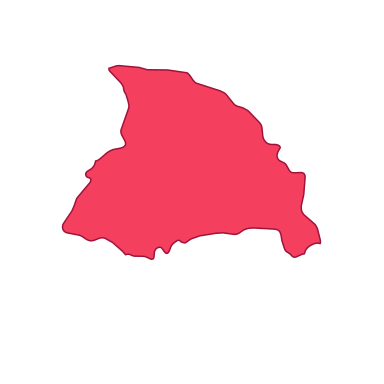 map outline of Ha'il (Natural Earth projection), rotated 32°
{"feature_id": "SAU-847", "entity_name": "Ha'il", "entity_type": "Region", "adm_level": 1, "iso_a3": "SAU", "parent_name": "Saudi Arabia", "parent_adm1": "", "projection": "natural_earth1", "projection_center": [41.874, 27.094], "detail": "fine", "context": "isolated", "style": "filled", "palette": "rose", "viewbox_px": 384, "rotation_deg": 32, "n_neighbors": 0, "source": "natural_earth", "source_scale": "10m", "svg_char_len": 3184}
<svg xmlns="http://www.w3.org/2000/svg" viewBox="0 0 384 384"><g transform="rotate(32 192 192)"><path d="M312.2,193.4L311.1,193.4L308.0,192.6L303.1,192.4L301.9,192.0L299.9,190.6L293.8,185.4L290.5,181.5L288.7,180.0L287.7,179.3L286.6,178.9L285.5,178.7L284.4,178.8L283.3,179.1L281.0,180.1L263.2,189.9L259.7,192.4L257.5,194.7L255.8,197.0L253.9,201.5L253.2,202.8L252.2,204.1L250.6,205.4L239.8,210.3L234.2,214.3L221.8,225.1L216.3,232.0L215.0,234.5L214.2,236.5L213.8,237.7L213.2,238.7L212.3,239.3L210.0,239.9L208.9,240.0L207.8,239.8L206.7,239.8L205.8,240.3L205.1,241.3L204.1,243.6L203.3,246.0L203.1,247.2L203.0,248.3L203.1,249.5L204.0,254.1L204.0,254.6L204.0,255.5L203.9,256.5L203.3,257.3L202.4,257.7L201.3,257.6L200.2,257.3L196.5,255.7L195.7,255.5L194.7,255.6L193.5,256.2L192.3,257.6L191.7,258.9L191.5,260.2L191.6,261.4L191.9,262.7L194.1,267.1L194.4,267.8L194.5,268.7L194.3,269.6L193.4,270.4L192.3,270.8L187.8,271.3L186.3,271.7L184.5,272.5L177.0,277.0L175.3,277.5L172.5,277.9L170.6,278.6L168.8,280.4L164.7,279.1L151.5,276.9L143.3,277.3L142.0,277.6L140.4,278.2L139.1,279.1L138.1,280.1L134.6,284.8L133.6,285.8L132.7,286.6L131.8,287.1L131.2,287.4L130.3,287.7L129.3,287.9L127.3,288.1L121.6,287.9L119.3,288.4L107.5,292.9L106.4,293.1L105.3,293.1L104.3,293.0L103.3,292.6L102.4,292.1L101.9,291.7L101.1,290.8L100.5,289.8L99.9,288.4L99.7,286.9L100.2,271.8L99.4,266.1L97.9,259.9L97.7,258.5L97.8,256.8L100.5,237.7L100.3,236.5L99.9,235.4L98.9,234.4L97.8,234.4L95.5,234.9L94.4,234.8L93.4,234.3L92.5,233.5L92.0,232.3L92.0,230.9L92.6,229.2L94.3,225.8L94.5,225.1L94.9,223.0L95.0,221.8L94.8,220.3L94.6,219.2L93.8,216.8L94.5,216.3L95.3,215.0L96.2,213.2L99.0,204.1L100.4,201.0L102.5,197.9L108.3,192.5L109.2,191.4L110.0,190.2L110.4,189.1L110.6,187.9L110.4,186.7L109.4,185.4L108.3,184.4L102.6,181.1L100.8,179.8L100.1,179.0L99.4,178.0L98.9,176.9L93.9,154.6L93.4,153.4L92.8,152.2L90.0,149.2L84.5,144.4L81.7,142.9L80.3,141.8L79.2,140.7L79.1,140.4L78.0,139.2L76.3,138.2L73.7,137.1L58.7,133.2L57.5,132.8L56.8,132.3L56.0,131.1L61.1,125.0L62.2,124.2L63.3,123.4L81.1,114.4L89.3,112.0L106.7,101.4L124.5,93.6L125.5,93.5L128.4,94.3L133.8,96.7L136.5,97.4L137.6,97.5L162.4,91.3L165.8,90.9L167.7,90.9L169.3,91.2L180.6,95.1L182.3,95.4L183.5,95.4L184.7,95.3L190.4,93.7L195.4,93.4L196.6,93.4L212.6,97.4L214.8,98.3L215.8,99.1L216.9,100.0L222.6,107.3L223.9,108.5L225.5,109.6L227.9,110.5L229.6,110.8L231.1,110.7L232.5,110.3L233.8,109.8L237.6,107.5L238.9,106.9L240.3,106.6L241.9,106.6L242.9,107.2L243.3,107.7L243.4,108.1L243.6,112.4L243.8,113.2L244.1,114.4L244.8,116.1L245.9,117.4L247.5,118.5L248.8,118.9L250.1,119.0L254.7,118.5L256.3,118.7L257.6,119.1L262.6,121.9L264.4,122.6L265.7,122.7L266.7,122.5L268.6,121.5L274.0,117.8L275.3,117.2L276.9,117.0L278.2,117.5L279.3,118.4L280.1,119.5L288.1,134.9L292.1,146.1L293.7,148.5L294.8,149.7L296.1,150.7L297.7,151.5L299.0,152.0L313.5,154.3L315.1,155.0L317.3,156.3L318.3,157.1L326.1,164.6L327.4,166.2L328.0,167.8L325.3,168.9L325.2,169.0L324.6,169.5L323.1,171.0L321.9,172.7L320.6,175.0L319.9,176.7L319.4,178.5L319.3,179.6L319.2,180.8L319.3,182.0L319.8,184.0L320.1,184.7L318.2,186.7L314.6,192.1L314.0,192.6L313.1,193.2L312.2,193.4Z" fill="#f43f5e" stroke="#9f1239" stroke-width="1.5"/></g></svg>